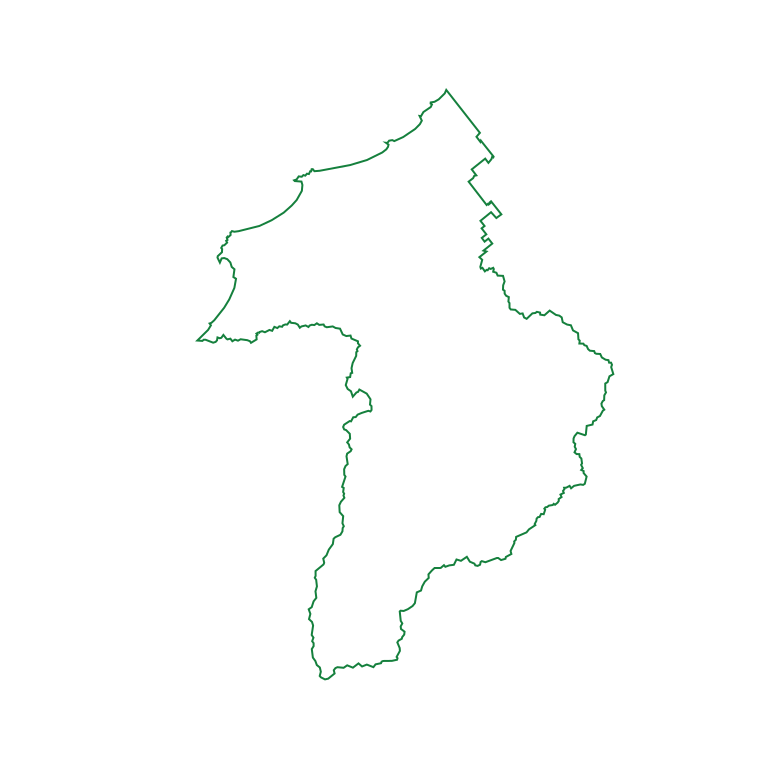 outline of Kempsey, New South Wales, Australia, rotated 222°
{"feature_id": "25037944B28322742618410", "entity_name": "Kempsey", "entity_type": "district", "adm_level": 2, "iso_a3": "AUS", "parent_name": "Australia", "parent_adm1": "New South Wales", "projection": "natural_earth1", "projection_center": [152.697, -30.906], "detail": "fine", "context": "isolated", "style": "outline", "palette": "green", "viewbox_px": 768, "rotation_deg": 222, "n_neighbors": 0, "source": "geoboundaries", "source_scale": "gbopen_adm2", "svg_char_len": 6166}
<svg xmlns="http://www.w3.org/2000/svg" viewBox="0 0 768 768"><g transform="rotate(222 384 384)"><path d="M181.5,400.4L180.4,401.8L180.1,403.9L177.6,407.0L177.7,408.5L176.1,408.7L175.6,412.0L175.9,414.1L177.2,415.4L176.4,418.8L178.9,419.9L177.5,423.4L179.4,424.3L179.6,426.7L180.7,427.4L179.2,428.9L177.9,432.5L175.2,431.7L174.6,435.5L170.8,440.8L168.5,442.3L168.0,444.2L171.5,450.8L176.1,451.4L177.4,452.9L179.9,452.1L180.0,454.5L183.4,455.8L183.7,457.5L187.5,460.7L189.8,460.8L191.9,462.6L194.0,460.8L196.7,460.7L197.8,464.1L200.3,465.0L201.8,467.5L204.2,467.5L206.7,470.4L207.5,472.8L207.7,477.2L200.4,480.4L200.2,481.5L205.3,488.5L201.9,493.4L203.6,496.2L202.2,499.2L203.2,501.8L202.1,504.7L203.5,510.6L203.1,512.3L207.3,513.3L209.3,514.9L210.0,517.7L209.6,519.3L212.7,523.0L213.4,526.3L215.1,527.1L219.9,532.4L219.1,535.0L221.6,540.6L220.2,544.8L226.5,548.6L227.4,550.8L229.5,551.8L231.0,550.5L233.2,551.9L235.6,550.3L239.9,549.5L243.4,551.0L246.5,548.5L248.0,548.1L249.8,549.1L253.3,546.5L255.7,546.5L258.9,547.9L261.1,546.9L262.8,547.4L265.9,544.8L267.6,547.2L269.4,547.3L273.8,551.6L279.4,550.3L284.4,552.7L287.7,550.7L292.5,549.5L296.5,552.4L299.5,552.1L302.4,550.4L310.0,549.4L310.8,542.4L314.3,540.1L315.8,541.5L318.7,539.9L319.0,538.1L321.0,535.8L321.6,527.9L324.4,527.2L328.2,529.2L330.0,527.0L336.0,527.0L339.7,524.2L341.7,524.6L344.9,528.1L346.7,528.5L349.4,532.1L352.3,531.3L354.8,531.9L356.8,534.0L358.7,533.7L361.5,537.1L363.0,540.9L367.9,544.0L372.1,540.6L374.9,541.9L378.0,540.5L379.3,542.9L380.6,543.4L381.7,540.9L383.3,540.4L383.1,537.9L384.1,537.5L384.4,535.2L388.6,536.2L389.3,534.6L390.8,535.5L394.1,542.0L398.0,542.1L396.5,551.0L399.3,549.7L397.5,560.8L403.7,561.9L404.5,557.1L409.1,558.0L408.1,563.7L415.6,565.0L415.0,568.7L421.5,569.8L419.4,583.3L411.6,582.5L410.3,588.6L426.7,591.4L426.9,589.9L426.0,589.8L426.3,587.4L427.3,587.6L427.5,585.7L456.5,591.0L455.5,596.6L456.2,599.1L455.0,600.8L462.4,602.2L459.6,619.2L454.4,618.2L454.6,622.9L455.6,625.2L454.4,625.5L454.7,626.3L474.4,629.6L474.9,629.7L474.4,628.4L480.7,629.6L480.8,634.8L534.5,644.2L533.3,640.6L533.8,632.1L535.3,627.5L537.7,624.5L537.0,623.6L535.4,623.8L534.6,621.1L536.7,612.5L535.7,607.8L536.9,607.0L532.1,605.0L531.2,601.1L531.5,594.4L535.0,580.3L538.9,571.4L541.0,570.8L543.0,568.3L542.8,565.4L543.9,564.6L540.8,564.9L539.7,562.9L539.3,560.0L540.2,554.9L546.5,539.1L555.7,524.0L574.5,499.4L578.1,495.6L580.7,496.0L581.5,495.2L580.4,493.3L581.2,492.7L580.3,489.8L582.0,488.7L581.9,486.2L583.7,485.3L583.8,483.0L586.3,481.2L585.8,477.5L587.1,475.2L586.1,475.1L580.8,479.2L577.8,477.3L574.3,472.6L572.0,462.3L572.0,455.0L573.2,444.2L577.1,430.5L582.4,418.0L594.3,400.3L597.1,397.0L599.3,395.9L599.2,394.0L600.0,394.3L597.7,392.1L598.0,389.0L598.9,389.0L598.9,387.6L596.7,386.3L597.1,384.8L595.2,384.1L595.5,380.3L596.6,378.9L596.0,376.2L594.6,376.0L592.6,373.5L593.1,367.8L592.3,366.5L587.2,364.4L588.7,368.7L587.0,370.7L584.0,371.9L579.5,371.5L575.5,369.1L571.9,369.2L567.5,362.7L564.4,363.2L559.5,355.3L555.6,343.3L553.8,333.7L552.8,317.8L553.2,313.9L554.1,312.3L551.9,311.8L550.9,306.5L551.8,291.4L547.8,294.5L547.6,296.3L546.2,297.5L538.6,300.4L537.3,302.6L537.3,304.7L538.9,307.2L536.7,308.1L535.8,309.5L536.2,313.0L531.4,312.2L530.2,312.4L528.5,314.9L525.3,314.3L524.4,317.3L521.5,318.5L520.5,321.3L514.9,325.1L512.2,326.1L510.4,325.6L508.5,331.9L511.2,334.5L511.0,335.9L512.5,336.1L512.0,338.0L511.0,338.6L511.2,339.5L509.9,341.7L507.1,342.8L505.3,347.5L502.7,348.7L503.7,353.1L500.7,354.2L500.4,356.8L498.0,358.4L498.3,360.0L497.2,362.2L495.7,363.4L496.0,367.7L494.0,367.3L490.5,369.8L487.8,370.5L484.2,369.5L483.9,371.5L481.4,375.1L478.3,375.8L478.4,377.7L477.3,379.7L475.2,381.2L474.5,384.2L471.7,384.6L468.7,387.8L466.7,387.1L464.5,387.9L460.6,392.5L457.5,393.2L453.7,395.7L447.8,393.2L444.1,394.4L441.3,397.6L438.6,396.0L431.9,398.3L430.6,396.8L427.4,396.4L427.9,393.8L427.3,391.5L425.7,390.7L425.9,389.1L423.5,386.3L421.3,378.6L418.7,374.0L415.1,371.0L415.9,369.7L413.8,366.5L415.9,363.9L414.5,363.4L411.7,357.6L407.7,356.0L403.7,356.5L398.7,353.7L398.8,359.3L398.0,360.8L398.6,363.4L390.4,365.3L383.8,363.6L380.6,359.3L378.5,359.2L375.9,356.4L375.7,354.5L377.7,353.6L381.2,347.6L383.1,343.6L382.9,340.5L384.6,338.7L383.5,334.2L384.7,333.5L386.4,327.1L385.6,324.7L383.2,323.6L381.3,324.4L376.1,324.1L372.6,320.7L372.3,316.0L369.6,315.6L367.1,313.9L364.4,313.8L363.8,311.8L364.8,307.6L363.5,305.2L357.4,300.2L357.7,297.3L356.6,294.0L352.7,289.9L350.7,289.5L346.3,279.5L344.4,279.8L342.1,276.4L340.2,275.8L339.5,274.0L337.3,272.9L337.2,267.6L336.1,264.0L331.2,259.1L325.9,258.5L321.7,252.7L318.7,251.4L318.3,249.3L316.3,246.7L315.5,242.8L317.7,237.5L317.9,235.3L314.9,230.8L314.2,224.0L312.1,218.2L312.3,213.6L308.8,211.1L308.2,209.4L309.7,199.2L306.4,195.6L305.8,193.7L303.4,193.1L298.4,188.7L296.2,184.1L291.2,179.8L290.9,175.4L288.4,169.8L289.2,166.2L284.9,163.9L282.4,159.1L278.3,159.0L275.1,157.1L269.8,149.1L266.7,148.3L265.3,144.8L262.9,144.3L260.9,142.1L260.3,138.7L253.8,133.1L249.6,132.2L245.9,130.2L242.0,130.4L238.4,127.9L236.4,124.0L234.6,123.8L230.2,125.0L228.3,127.7L227.0,135.8L229.8,137.7L230.0,140.4L229.1,142.4L224.1,146.1L223.1,150.3L217.3,152.4L216.0,159.3L211.3,159.4L209.0,164.0L202.4,166.5L202.7,170.0L199.4,174.5L200.0,176.1L199.3,177.6L192.9,183.5L189.8,187.8L190.5,189.3L192.0,189.6L193.6,196.3L195.7,198.3L201.2,200.9L201.5,203.1L200.3,206.6L201.1,208.0L201.3,211.3L203.0,213.7L207.4,213.3L209.4,215.0L210.2,218.3L213.1,219.2L220.1,225.5L220.0,226.6L217.5,228.5L215.6,232.6L214.2,238.1L214.4,241.8L220.2,251.1L218.3,255.3L220.2,259.2L221.4,264.4L221.0,269.8L223.6,272.3L223.6,277.6L223.3,281.1L218.8,285.2L218.2,289.5L216.1,289.2L214.1,292.9L211.1,296.4L212.7,302.1L208.5,304.1L206.8,311.0L201.3,309.4L196.6,311.0L194.8,310.3L192.7,311.5L191.7,314.0L193.1,316.4L192.8,317.8L189.4,319.4L183.7,330.2L182.7,331.1L179.2,331.5L176.8,335.4L177.7,337.0L175.6,342.9L178.2,344.6L180.7,353.1L181.9,354.1L181.8,356.5L183.5,358.8L178.8,369.1L179.0,373.0L177.1,380.4L178.3,380.7L179.2,384.2L180.5,386.1L180.5,388.0L179.4,389.3L180.3,392.6L178.2,394.1L180.1,398.4L181.4,398.6L181.5,400.4Z" fill="none" stroke="#15803d" stroke-width="2"/></g></svg>